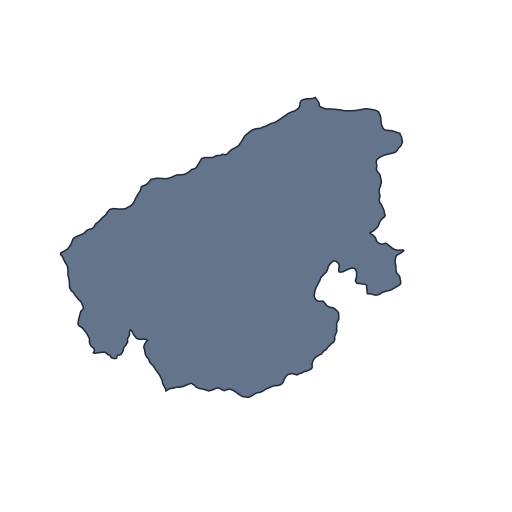 Bumdeling, Tashi Yangtse, Bhutan, rotated 54°
{"feature_id": "84629894B8904358941352", "entity_name": "Bumdeling", "entity_type": "district", "adm_level": 2, "iso_a3": "BTN", "parent_name": "Bhutan", "parent_adm1": "Tashi Yangtse", "projection": "natural_earth1", "projection_center": [91.504, 27.79], "detail": "fine", "context": "isolated", "style": "filled", "palette": "slate", "viewbox_px": 512, "rotation_deg": 54, "n_neighbors": 0, "source": "geoboundaries", "source_scale": "gbopen_adm2", "svg_char_len": 6138}
<svg xmlns="http://www.w3.org/2000/svg" viewBox="0 0 512 512"><g transform="rotate(54 256 256)"><path d="M241.4,67.5L234.6,72.3L230.9,76.6L229.6,77.6L228.2,78.1L226.6,78.0L223.8,77.4L221.4,76.2L218.4,74.3L215.5,72.9L211.9,72.3L210.7,72.3L207.7,74.1L201.6,80.2L196.5,90.5L192.4,96.6L189.9,99.6L187.1,102.2L184.8,104.6L180.5,109.7L178.4,112.7L176.5,114.2L173.6,116.0L172.0,116.4L170.7,115.9L169.1,115.0L162.5,114.9L162.2,116.6L161.4,118.3L160.6,119.8L159.5,121.2L158.4,123.0L157.6,124.7L157.0,126.7L156.9,128.3L157.7,130.1L159.6,131.5L160.9,133.2L161.4,135.0L161.5,136.7L161.4,139.0L160.2,143.2L159.6,146.1L159.4,156.4L159.2,161.2L158.7,163.2L157.6,166.0L156.7,171.6L156.3,173.1L155.7,174.4L155.5,176.3L155.1,177.7L153.1,181.0L152.4,182.9L151.8,185.1L151.8,187.1L151.8,188.9L152.0,190.5L152.0,192.1L152.1,193.9L152.6,195.4L153.5,197.3L155.2,201.4L156.4,205.2L156.5,207.1L155.6,213.2L155.9,216.8L156.4,218.4L156.5,220.4L155.7,221.6L154.6,222.5L153.8,224.0L153.7,225.7L151.8,228.5L151.2,230.3L151.1,232.3L150.2,234.1L146.4,239.3L145.2,242.3L145.7,244.0L147.1,246.9L149.4,252.6L149.3,254.1L148.1,257.5L148.5,259.6L148.5,261.5L148.4,263.0L148.2,264.6L147.7,266.1L147.2,267.3L146.5,268.6L144.3,271.6L143.5,273.7L142.9,277.1L141.9,280.4L141.2,282.3L140.3,283.7L134.9,290.3L134.1,291.6L133.9,292.8L132.2,295.8L133.1,298.8L133.8,302.6L132.6,307.3L132.6,308.1L135.1,311.1L136.9,315.9L138.5,319.4L140.8,323.2L141.7,327.2L140.9,334.2L138.1,338.5L133.6,343.8L132.4,346.8L133.3,350.8L134.5,353.6L134.6,357.8L135.8,363.1L135.7,366.4L137.3,370.2L137.5,372.9L136.3,375.2L135.8,377.9L136.5,382.4L134.6,390.4L134.5,393.7L137.7,398.7L139.5,403.8L139.5,406.0L139.0,410.5L138.7,411.9L139.8,413.2L143.2,413.0L144.9,413.5L149.6,414.3L151.2,414.3L153.0,414.5L154.6,415.1L157.3,416.8L158.4,417.6L161.3,419.6L163.0,420.1L166.1,421.6L169.3,423.5L170.7,424.7L172.4,425.5L174.3,425.8L176.1,425.8L177.8,425.2L179.3,425.2L182.3,425.4L186.9,425.1L190.3,424.5L191.9,424.8L193.7,425.4L195.5,425.5L196.9,426.6L197.6,428.3L197.7,430.2L202.9,436.7L206.2,439.9L207.6,440.2L209.2,440.0L210.4,439.4L212.0,438.9L214.6,438.6L217.6,438.4L220.3,438.6L225.0,439.3L227.6,441.3L228.8,441.9L230.1,442.2L232.0,442.4L235.3,441.5L236.8,441.7L238.1,443.1L238.7,444.5L239.9,443.8L241.3,440.9L243.6,436.8L245.1,434.7L247.1,434.0L248.6,433.9L248.9,433.6L250.4,432.6L251.6,432.6L253.4,432.8L256.0,430.6L256.7,428.9L255.5,427.6L254.9,426.1L256.0,424.5L256.2,422.7L254.8,419.6L252.7,417.2L251.9,415.6L251.7,413.7L250.8,412.2L250.4,410.5L247.6,408.8L246.1,405.8L245.0,404.3L243.9,403.6L242.9,402.7L241.9,401.3L243.3,400.6L247.7,401.2L250.9,401.1L252.8,400.9L254.2,399.9L255.5,398.5L256.3,397.4L257.0,395.9L259.0,393.9L260.4,393.2L261.0,395.8L261.8,397.8L263.5,400.2L264.9,400.9L266.5,401.3L270.0,403.1L271.2,403.5L272.9,403.7L276.4,403.5L278.1,404.1L279.7,404.4L282.2,404.2L284.2,403.7L285.7,403.7L287.7,404.0L295.5,404.0L300.0,404.7L301.5,405.1L304.4,406.5L310.4,407.3L312.2,408.2L312.5,404.9L313.2,402.3L313.9,401.5L314.5,400.3L315.4,397.5L317.5,394.5L318.2,392.8L318.9,391.1L319.7,387.3L320.8,383.5L321.5,382.8L322.8,382.5L323.9,381.9L327.2,381.4L328.6,380.4L330.1,379.6L332.1,377.5L335.8,374.6L337.3,373.7L338.9,369.6L339.5,366.1L340.4,364.3L342.9,362.5L344.4,362.1L346.4,360.7L346.5,359.7L348.0,355.7L351.5,353.3L353.1,352.8L355.2,351.9L357.0,351.6L362.0,349.4L364.8,346.4L365.7,345.6L366.1,344.6L366.7,341.1L366.7,339.4L367.1,335.8L368.4,333.6L369.3,330.3L369.5,325.6L370.1,323.8L370.3,322.3L371.4,318.3L372.0,316.8L373.2,315.3L373.9,313.8L374.4,312.2L374.6,310.5L374.5,309.6L374.0,308.2L373.2,307.0L371.5,303.9L370.6,300.6L371.1,298.5L372.0,296.5L372.8,295.3L374.2,294.6L375.1,293.6L376.2,292.9L376.5,292.4L376.3,291.7L376.7,290.1L377.3,288.5L378.1,284.5L379.1,282.0L379.8,278.3L379.7,277.0L379.5,276.5L378.2,275.2L376.6,274.5L374.9,272.4L373.7,270.4L372.9,267.2L373.2,265.4L373.2,262.7L373.8,260.7L372.8,257.6L372.9,254.5L372.5,252.6L372.1,251.8L371.9,250.7L371.7,248.7L371.2,246.4L371.4,244.6L370.7,242.5L369.3,240.8L368.5,240.5L367.5,239.9L364.2,234.6L363.0,234.4L362.7,233.8L357.9,230.3L356.8,228.4L355.9,226.3L350.9,222.8L349.7,222.6L348.4,222.6L344.9,223.4L343.0,224.2L341.1,226.1L338.9,227.6L338.0,227.9L336.4,227.9L331.9,228.3L329.6,231.8L327.7,232.9L325.7,233.2L323.5,232.9L321.8,231.8L318.8,228.8L316.8,225.8L313.1,218.3L311.9,216.9L311.4,215.4L310.7,211.5L310.3,208.5L309.5,206.9L308.8,206.2L308.4,205.0L307.6,204.7L307.1,203.7L306.0,201.2L305.7,198.3L305.3,196.7L305.8,195.9L307.4,194.3L309.0,194.1L310.3,193.5L313.2,194.7L314.2,195.9L314.9,196.3L316.5,197.7L317.3,198.1L317.8,198.1L318.7,197.1L319.9,194.8L320.1,193.1L320.5,191.6L320.8,190.0L321.7,186.4L323.2,184.0L324.0,183.7L325.6,183.5L328.0,184.0L331.5,186.5L332.5,187.6L333.9,189.6L334.4,190.1L335.4,190.4L336.0,190.3L336.9,190.5L337.8,190.1L339.4,188.0L340.5,187.1L342.6,184.6L344.0,183.9L344.7,183.7L345.3,184.0L346.4,185.0L349.2,186.5L351.2,187.8L352.1,187.9L352.7,187.5L353.1,186.6L354.7,184.8L357.0,183.3L358.4,181.6L359.4,179.3L359.7,177.2L359.7,174.5L360.5,173.1L360.7,171.8L362.4,168.1L362.9,166.1L363.8,157.6L363.7,156.3L363.3,155.1L361.3,153.8L359.1,152.9L358.4,152.3L356.6,151.8L352.0,152.2L351.3,151.7L349.0,150.6L347.6,149.7L347.1,149.2L341.6,146.4L338.3,142.7L338.2,140.0L338.8,137.0L338.6,133.3L338.2,133.1L337.8,133.3L336.8,134.6L335.0,137.4L333.9,138.7L332.5,139.8L331.3,140.5L329.5,141.2L324.9,142.4L322.1,143.4L321.6,144.3L320.5,147.3L318.5,148.7L317.0,149.4L315.2,149.7L311.2,148.6L309.5,148.8L307.1,149.3L306.4,149.9L304.4,150.3L304.3,149.5L304.7,146.9L304.5,143.8L303.8,139.8L303.1,138.9L301.4,136.2L300.6,134.3L299.9,131.7L299.9,128.9L298.9,127.5L296.7,126.9L294.7,125.8L292.5,125.2L289.8,124.8L288.8,124.4L287.2,124.3L285.4,124.4L284.6,124.2L282.6,122.9L279.9,120.1L277.2,119.1L274.6,117.2L273.5,116.0L272.7,114.0L271.6,113.5L270.8,111.9L269.3,110.7L263.5,108.1L261.7,107.9L258.8,108.2L257.2,107.8L255.9,107.0L254.8,105.9L253.7,105.1L250.5,103.4L249.7,102.5L249.0,101.4L248.9,98.1L249.4,94.9L249.8,93.1L250.4,91.4L253.4,84.2L253.9,82.7L253.9,81.3L253.6,79.9L252.7,77.9L252.1,74.5L251.7,73.3L249.6,70.3L244.7,68.1L243.1,68.2L241.4,67.5Z" fill="#64748b" stroke="#1e293b" stroke-width="1.5"/></g></svg>